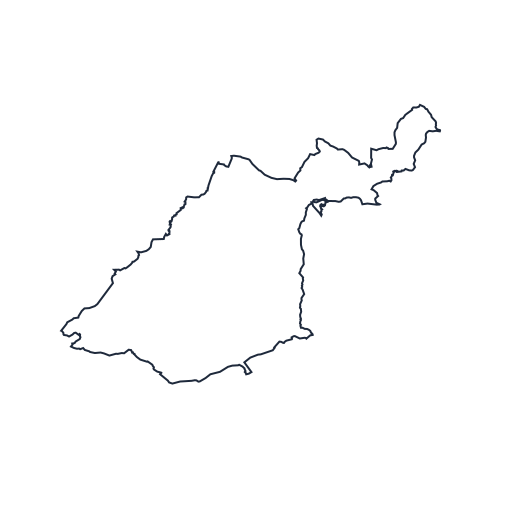 Jichisu De Jos, Cluj, Romania (Natural Earth projection), rotated 168°
{"feature_id": "2599482B10941499312276", "entity_name": "Jichisu De Jos", "entity_type": "district", "adm_level": 2, "iso_a3": "ROU", "parent_name": "Romania", "parent_adm1": "Cluj", "projection": "natural_earth1", "projection_center": [23.756, 47.117], "detail": "fine", "context": "isolated", "style": "outline", "palette": "slate", "viewbox_px": 512, "rotation_deg": 168, "n_neighbors": 0, "source": "geoboundaries", "source_scale": "gbopen_adm2", "svg_char_len": 6098}
<svg xmlns="http://www.w3.org/2000/svg" viewBox="0 0 512 512"><g transform="rotate(168 256 256)"><path d="M259.4,358.9L259.2,357.4L259.5,356.3L264.5,349.0L266.5,349.8L268.1,351.4L268.3,352.2L273.0,353.9L273.1,355.5L273.5,355.5L280.1,347.4L279.4,346.9L279.6,346.1L280.7,345.8L282.7,343.4L287.8,334.9L288.8,332.5L289.4,333.2L289.1,332.1L289.8,330.1L290.9,330.1L291.6,329.0L293.4,327.5L294.8,327.1L296.6,327.3L299.6,325.3L304.5,326.3L310.6,328.4L312.1,327.8L312.6,325.9L314.5,324.0L313.8,323.5L314.2,321.5L315.3,321.3L315.6,320.4L316.4,319.5L316.6,318.5L317.7,318.1L318.0,318.9L319.3,318.6L318.9,318.0L319.8,318.0L320.0,316.7L324.9,314.4L325.0,313.2L326.6,312.8L326.6,312.3L327.7,312.6L328.3,311.7L330.0,311.1L330.6,308.8L331.5,308.2L331.5,307.4L332.4,307.1L333.0,307.9L333.3,307.7L333.4,306.5L332.9,306.2L333.6,305.1L332.9,305.1L332.6,304.3L333.4,303.5L333.3,302.6L333.7,301.8L336.3,299.6L336.2,298.7L335.9,298.3L335.6,298.9L335.4,298.4L336.0,296.1L336.5,295.9L336.3,295.3L338.8,294.6L339.6,296.3L341.8,293.8L342.7,291.8L353.3,293.7L355.3,291.3L357.1,286.7L359.5,284.9L362.2,283.8L367.7,283.5L371.1,284.9L370.3,283.0L370.2,281.2L371.1,280.5L371.3,279.4L372.4,277.9L376.5,275.9L378.0,276.0L378.2,275.4L380.4,273.7L384.4,271.7L386.2,271.0L387.2,271.6L391.9,270.2L392.8,271.1L397.6,272.0L396.3,269.9L397.9,268.2L397.4,267.3L400.5,266.1L401.9,263.8L401.6,259.2L421.2,241.9L424.1,240.5L429.9,239.7L434.7,240.4L437.9,238.4L441.9,234.2L442.6,232.7L447.3,233.0L448.9,232.0L454.4,230.4L455.6,228.8L462.1,223.4L461.4,222.9L460.4,220.9L460.6,219.3L460.3,218.7L457.4,217.6L455.6,216.1L451.8,217.3L449.9,218.5L448.3,218.5L445.9,215.8L444.8,216.4L444.4,215.7L444.9,214.2L444.6,213.1L445.7,211.4L450.2,209.8L451.6,208.5L453.9,208.6L453.7,207.7L455.8,205.9L453.2,203.9L450.4,202.5L448.2,202.2L447.4,201.4L444.2,201.9L443.0,199.7L438.9,197.4L438.3,196.6L433.8,194.6L428.1,193.9L424.9,192.3L420.1,189.1L413.3,189.5L411.6,189.0L407.6,189.0L405.2,188.3L400.0,190.8L397.7,189.9L397.2,187.3L396.5,187.4L396.0,185.7L395.2,185.5L395.2,184.7L393.6,182.0L390.7,178.7L384.5,175.2L383.9,175.4L380.0,171.2L379.8,169.9L379.0,168.4L379.7,167.1L379.3,166.1L376.6,163.4L373.1,161.7L372.9,161.4L374.4,160.3L368.1,152.4L367.3,150.4L364.3,148.6L356.3,149.0L345.0,147.3L341.6,147.2L340.1,146.7L338.5,145.1L337.1,145.0L330.7,147.1L325.2,149.8L315.3,150.2L306.5,153.4L302.0,153.7L296.1,152.8L295.1,153.1L292.2,150.7L290.6,148.4L290.7,147.7L290.2,145.7L291.7,144.3L290.5,144.8L290.2,142.3L287.5,142.4L284.6,143.4L289.5,154.4L282.7,157.8L274.6,159.1L271.8,158.8L259.2,160.3L256.9,162.3L257.2,162.7L256.9,163.0L250.9,167.4L249.2,166.8L247.4,165.3L246.6,165.2L246.0,166.0L243.9,166.9L238.3,167.1L238.0,167.4L238.1,169.0L235.9,169.7L234.7,169.6L230.3,166.2L225.4,165.9L224.2,165.4L223.9,164.7L219.5,167.1L217.3,167.0L217.6,167.9L217.1,168.0L218.2,170.0L218.5,171.5L219.7,172.9L221.2,174.0L223.5,174.6L225.5,176.2L226.9,176.4L227.1,178.5L226.4,179.3L227.0,180.8L226.2,182.9L225.3,184.1L225.7,184.9L225.1,185.5L225.4,187.1L225.1,189.3L223.4,192.1L223.1,195.1L223.6,195.7L223.7,196.7L223.1,197.7L222.9,199.7L220.5,203.0L220.5,204.5L220.1,205.6L216.8,208.7L217.4,213.4L218.1,215.2L217.2,216.2L217.3,217.5L216.5,218.3L216.7,219.7L214.9,222.3L214.9,224.2L214.4,225.2L217.2,230.2L215.5,232.2L215.0,233.9L211.0,238.0L210.3,243.7L208.6,247.8L208.8,251.4L209.7,253.0L209.7,257.5L208.5,263.4L206.9,266.7L207.0,267.7L208.1,268.6L208.7,270.2L209.1,273.4L207.8,274.3L206.0,277.9L204.7,279.6L203.6,280.3L201.7,280.6L200.9,282.7L198.7,285.9L198.2,288.3L196.4,291.4L197.0,292.3L195.7,292.9L193.7,294.9L191.0,295.6L190.7,297.1L189.8,296.7L189.8,293.2L184.9,284.7L183.8,281.9L183.1,282.9L183.6,285.4L182.6,286.3L182.5,287.6L181.7,287.9L182.6,289.3L182.5,290.6L182.9,291.1L182.6,292.3L181.3,293.1L180.7,292.4L180.7,291.7L179.9,292.3L179.6,292.2L179.9,290.7L179.4,290.5L178.0,291.2L177.0,293.7L175.3,294.0L178.3,296.9L180.0,297.1L185.7,295.9L187.7,296.6L188.6,298.0L187.8,298.8L184.9,298.6L182.7,297.6L176.6,298.3L176.8,297.7L176.3,296.7L175.7,296.7L175.1,296.0L175.2,295.6L173.9,294.8L166.9,293.2L163.8,291.8L161.8,291.7L158.2,294.0L156.8,293.8L155.2,294.3L152.9,294.0L150.9,293.1L148.7,293.3L145.9,292.7L143.6,291.7L142.4,290.3L141.7,288.7L141.2,284.5L136.0,284.1L127.2,281.1L124.5,280.7L124.2,280.8L127.2,283.0L127.7,286.2L127.4,287.4L124.1,289.3L124.5,290.1L124.5,292.4L127.2,295.9L129.1,297.2L126.6,300.0L122.5,301.5L118.5,301.9L116.9,302.6L112.1,301.8L110.0,301.9L108.8,300.9L107.8,301.9L107.5,303.9L107.8,304.7L106.5,305.9L105.7,307.9L105.9,306.6L105.4,306.5L104.1,308.9L104.2,310.1L102.8,310.5L101.7,310.2L103.4,309.6L100.9,310.1L100.7,308.9L96.1,308.5L95.7,309.3L93.8,308.9L91.7,310.1L88.3,307.9L85.9,307.2L84.6,307.5L82.0,309.8L82.6,313.3L80.4,316.5L80.9,319.6L80.6,321.1L78.6,324.1L75.1,326.3L70.8,330.6L68.1,331.3L66.6,332.5L65.1,336.5L64.8,339.1L64.2,340.4L62.5,341.7L60.6,342.4L57.2,341.2L53.8,341.0L50.3,339.7L49.9,340.3L49.9,340.9L52.2,342.0L53.0,343.1L53.6,344.9L52.7,346.3L52.7,347.6L52.2,348.7L52.3,350.3L55.3,355.3L55.4,357.7L57.3,361.2L58.1,364.0L59.4,364.6L60.5,366.9L64.2,369.7L65.7,368.1L68.3,367.9L71.3,368.6L72.9,367.4L72.9,366.5L80.5,363.1L83.4,360.3L85.7,360.0L89.8,356.5L91.3,352.0L93.5,350.1L94.8,348.2L95.4,345.4L95.5,338.1L95.9,336.6L100.0,332.4L104.2,333.2L104.5,334.2L105.8,335.0L106.5,334.5L109.2,335.2L114.0,335.0L116.1,334.4L121.0,337.0L123.0,328.0L122.5,326.3L124.4,322.4L124.4,319.3L125.6,319.3L126.0,320.5L126.9,319.3L127.8,320.5L128.1,321.4L130.6,324.0L136.1,324.0L135.5,326.1L135.7,327.7L141.6,332.4L144.4,337.7L147.7,341.5L149.2,342.5L153.8,343.1L154.5,344.3L157.9,347.1L160.3,348.5L161.8,351.2L164.8,353.7L166.3,356.0L170.5,357.9L172.6,357.1L172.9,353.6L173.7,351.3L173.9,349.0L173.1,348.4L173.1,347.7L172.0,346.0L171.9,344.9L173.3,344.0L176.8,343.4L177.9,342.6L181.9,344.4L184.7,340.8L189.0,338.0L192.6,333.4L194.5,332.6L194.8,330.4L197.4,328.9L202.1,324.0L201.1,321.4L202.1,320.7L203.7,322.4L207.3,324.4L212.9,325.8L219.5,326.8L224.6,329.2L230.6,333.7L233.9,338.4L235.2,339.1L240.4,346.8L242.3,351.3L243.1,352.1L249.3,355.3L250.4,356.4L256.8,358.7L259.4,358.9Z" fill="none" stroke="#1e293b" stroke-width="2"/></g></svg>